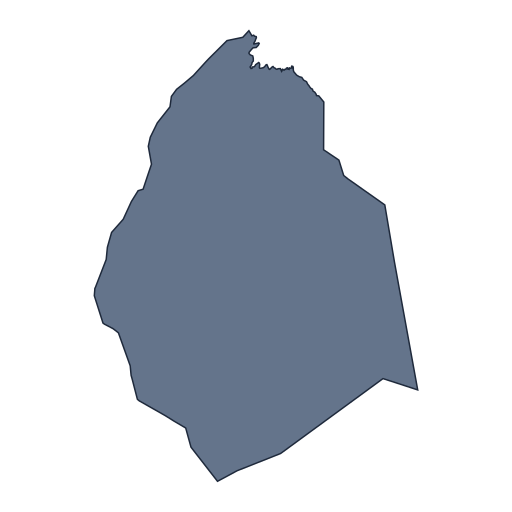 Yakurr, Cross River, Nigeria
{"feature_id": "59680162B19335323694639", "entity_name": "Yakurr", "entity_type": "district", "adm_level": 2, "iso_a3": "NGA", "parent_name": "Nigeria", "parent_adm1": "Cross River", "projection": "equal_earth", "projection_center": [8.173, 5.82], "detail": "fine", "context": "isolated", "style": "filled", "palette": "slate", "viewbox_px": 512, "rotation_deg": 0, "n_neighbors": 0, "source": "geoboundaries", "source_scale": "gbopen_adm2", "svg_char_len": 1832}
<svg xmlns="http://www.w3.org/2000/svg" viewBox="0 0 512 512"><path d="M217.5,481.3L237.2,470.7L280.6,453.5L383.0,378.6L417.7,389.9L394.5,262.3L384.8,204.9L347.8,178.8L343.7,175.5L338.9,160.1L323.6,149.8L323.8,102.0L318.8,95.9L317.7,95.7L316.5,95.6L316.1,94.1L315.7,93.6L314.9,92.3L313.0,91.0L312.4,89.1L311.1,88.5L309.9,87.2L308.9,85.6L307.7,84.2L306.5,81.7L303.6,80.1L301.8,77.4L299.3,76.7L296.6,75.1L293.7,71.6L293.3,69.8L293.3,68.3L293.2,67.1L292.8,66.4L291.8,66.1L291.5,66.8L291.9,67.1L292.1,68.0L291.4,67.9L290.6,68.3L289.4,67.9L289.1,68.5L289.1,69.4L287.9,69.2L287.9,68.2L287.5,67.8L286.5,68.1L285.8,69.4L285.1,69.2L284.0,70.2L283.3,69.7L282.7,69.2L282.1,69.7L282.0,70.8L281.6,71.4L281.2,70.5L280.4,68.6L278.1,68.7L277.0,69.3L276.1,69.1L275.3,68.3L274.0,67.7L273.0,66.5L272.3,66.8L271.4,67.7L269.7,69.4L269.2,69.3L268.1,67.4L267.3,65.4L266.9,64.6L266.2,64.7L264.6,66.7L263.3,67.7L260.7,68.3L259.6,68.1L259.4,67.4L259.7,64.3L259.2,62.9L258.7,62.5L258.0,63.0L255.7,64.6L254.7,66.3L254.1,66.8L252.3,67.0L252.0,68.3L251.0,68.5L250.1,67.0L251.7,64.5L252.1,62.5L253.3,61.0L253.3,58.4L252.8,56.0L252.0,55.6L250.3,54.9L249.0,53.5L249.1,52.3L251.6,49.3L253.1,47.8L256.2,47.5L258.3,45.3L259.2,43.5L258.7,42.9L253.9,44.0L253.7,43.3L255.1,41.0L255.9,38.7L256.4,37.8L256.2,36.6L254.5,36.2L253.7,35.2L251.9,35.8L248.9,30.7L248.5,31.1L242.8,37.3L227.0,40.6L208.8,58.7L205.5,62.2L193.4,75.5L184.2,83.3L176.6,89.3L171.4,96.4L170.0,106.8L157.3,122.9L150.3,137.2L148.3,146.3L151.5,164.2L147.7,175.4L143.1,189.2L138.1,190.7L131.4,201.5L123.2,219.3L111.6,232.4L107.4,247.2L106.2,259.5L95.4,287.4L94.9,288.3L94.3,295.7L103.0,323.1L104.5,324.2L113.1,328.7L118.4,332.8L130.2,365.8L131.1,375.3L132.2,379.2L137.4,399.3L139.3,400.9L165.2,415.6L174.3,421.3L185.7,428.0L191.0,447.2L217.5,481.3Z" fill="#64748b" stroke="#1e293b" stroke-width="1.5"/></svg>